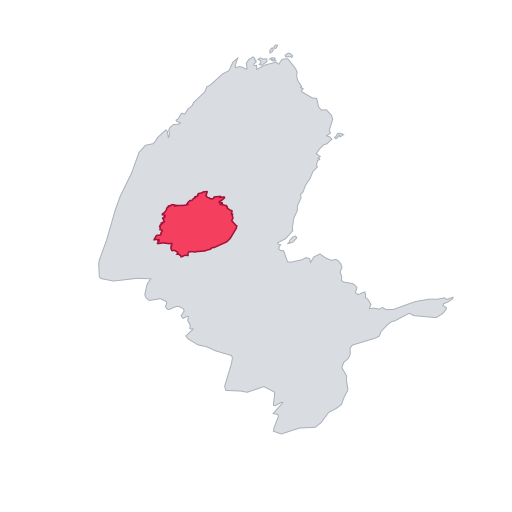 Finland, with Northern Savonia highlighted, rotated 147°
{"feature_id": "FIN-3178", "entity_name": "Northern Savonia", "entity_type": "Province", "adm_level": 1, "iso_a3": "FIN", "parent_name": "Finland", "parent_adm1": "", "projection": "natural_earth1", "projection_center": [27.676, 63.147], "detail": "fine", "context": "in_parent", "style": "filled", "palette": "rose", "viewbox_px": 512, "rotation_deg": 147, "n_neighbors": 0, "source": "natural_earth", "source_scale": "10m", "svg_char_len": 7418}
<svg xmlns="http://www.w3.org/2000/svg" viewBox="0 0 512 512"><g transform="rotate(147 256 256)"><path d="M201.3,222.9L198.7,216.6L195.1,211.2L191.0,209.7L189.7,207.6L189.1,203.3L189.9,199.9L194.3,196.6L195.2,192.2L197.8,188.7L196.6,186.4L189.8,180.0L189.0,177.9L188.6,174.4L192.6,171.2L191.6,168.0L184.4,166.7L184.7,164.8L186.8,161.6L185.8,158.8L186.0,152.8L189.6,150.1L185.4,148.0L181.5,144.2L178.0,144.0L175.9,140.0L169.8,136.3L147.8,131.2L134.3,125.5L127.3,120.9L120.6,118.3L120.1,115.9L113.2,114.0L114.6,112.9L120.1,112.9L124.6,113.8L126.2,112.5L124.5,109.0L124.9,108.1L130.1,106.1L138.5,106.2L156.1,120.0L158.7,124.5L175.7,126.1L177.5,127.1L182.2,126.9L192.1,124.7L196.0,121.7L199.7,121.9L223.8,128.8L227.6,127.2L229.9,123.0L231.9,121.2L234.7,119.8L240.3,119.0L244.8,115.6L245.4,105.9L247.6,103.1L251.8,93.6L259.5,89.3L265.0,85.0L270.5,84.4L280.4,85.2L292.2,80.8L299.8,80.1L313.1,88.0L331.8,93.0L336.8,99.5L334.4,102.2L324.4,109.4L324.0,111.3L327.5,114.5L313.3,118.4L314.4,119.5L321.9,120.0L322.7,121.4L315.1,130.6L314.9,132.3L320.5,142.2L337.6,146.5L342.3,151.0L354.5,159.7L353.3,163.8L335.3,179.0L331.3,183.3L330.8,185.9L341.3,198.1L346.9,206.8L353.1,213.1L358.1,223.5L358.4,227.1L348.4,229.0L351.1,231.0L348.7,234.2L348.5,238.9L345.7,241.9L346.3,242.8L351.1,243.4L351.5,245.5L351.1,246.8L346.1,249.1L345.7,251.5L348.3,255.8L350.5,257.2L358.3,258.5L359.3,259.7L359.6,262.7L356.0,265.7L356.1,266.8L359.4,272.3L369.7,276.8L370.8,280.1L370.8,282.3L370.2,284.3L362.5,291.8L356.6,294.2L368.2,302.2L389.0,312.5L398.1,321.3L398.8,323.8L392.3,334.9L389.7,337.9L373.1,350.3L349.5,370.8L337.6,379.9L314.5,393.8L297.7,406.6L288.5,409.1L281.4,406.3L277.8,407.0L274.4,408.9L262.9,410.9L262.5,408.9L264.9,403.3L263.9,403.4L261.8,406.0L260.7,409.0L258.5,410.6L253.7,411.2L249.1,408.7L246.9,408.8L249.2,412.4L249.1,413.5L246.6,413.3L241.4,416.1L240.2,416.1L238.6,413.8L233.0,416.3L227.8,416.8L224.7,418.7L209.3,421.6L204.9,424.9L202.1,424.2L184.8,426.9L177.7,426.2L169.7,431.2L163.7,431.9L170.1,426.7L170.4,424.9L167.1,424.0L164.8,422.1L162.6,418.2L161.4,418.0L159.2,422.9L155.1,424.7L150.0,424.6L149.4,422.4L150.4,420.4L149.6,420.1L150.4,418.5L153.0,418.3L153.8,417.5L153.7,416.5L151.7,415.6L153.8,412.1L144.8,411.4L133.8,407.7L132.5,404.5L127.1,406.7L122.3,404.4L121.7,403.0L120.8,391.3L121.3,388.0L124.3,384.1L125.4,380.1L125.5,373.0L127.0,373.0L125.3,370.6L127.9,370.0L128.3,369.2L122.7,357.8L119.3,355.2L122.3,346.9L122.1,345.0L121.6,342.8L117.4,340.3L116.0,332.9L117.3,328.8L126.1,321.5L126.6,318.6L131.4,318.4L129.3,315.8L128.8,312.6L135.7,311.5L138.3,312.4L144.4,311.2L149.8,308.9L147.9,304.5L150.7,304.3L149.8,303.3L150.0,302.2L152.2,302.6L155.7,299.5L156.0,297.2L162.0,296.0L169.1,291.1L175.5,288.6L182.2,283.8L185.0,283.6L186.5,280.3L193.9,275.5L196.6,271.6L203.6,267.2L210.5,259.5L211.3,257.3L221.5,254.4L230.8,255.3L230.6,253.3L229.2,252.1L233.1,250.1L232.3,247.1L230.0,245.5L232.7,234.0L229.9,231.7L219.3,227.8L215.0,227.5L212.5,224.5L213.8,221.0L207.9,223.7L201.3,222.9ZM141.1,413.0L147.4,413.0L149.0,414.8L146.1,416.0L145.9,417.5L147.3,419.8L144.5,419.8L142.7,417.2L139.6,415.5L141.1,413.0ZM219.1,250.8L215.1,251.9L211.9,251.2L211.9,249.0L217.5,247.5L223.1,249.1L220.3,249.6L219.1,250.8ZM120.6,310.1L120.3,312.0L124.0,310.6L125.5,311.2L125.3,312.9L124.0,312.5L120.8,314.4L118.1,312.8L116.4,310.1L120.6,310.1ZM122.7,406.8L122.2,408.5L118.4,408.6L117.0,406.9L116.2,404.2L117.8,402.9L118.6,404.5L122.7,406.8ZM137.4,413.7L135.4,413.8L132.6,412.1L132.3,411.4L133.4,411.0L133.0,408.9L135.1,410.0L136.3,411.3L135.1,411.7L137.4,413.7ZM132.7,420.7L129.9,421.9L128.9,421.6L129.2,419.5L130.9,418.6L133.7,418.5L132.7,420.7ZM127.0,421.8L124.6,422.2L123.1,421.1L125.4,419.5L127.3,419.6L127.6,420.6L127.0,421.8Z" fill="#d9dde1" stroke="#a8b0b8" stroke-width="1"/><path d="M272.8,283.8L286.6,285.9L287.2,286.2L287.9,286.8L288.2,286.9L288.6,286.9L289.4,286.8L289.6,286.6L290.2,286.5L291.0,286.6L293.5,287.6L296.2,288.1L303.3,292.0L304.3,292.3L305.3,292.7L307.2,294.6L309.2,295.4L309.6,295.8L310.1,296.1L310.8,295.9L311.3,295.5L311.8,294.9L312.3,294.2L312.7,293.5L313.5,294.0L315.1,295.2L315.7,295.5L317.9,295.6L318.7,295.8L319.1,296.0L319.4,296.3L318.9,296.9L319.4,298.1L319.6,299.0L320.2,299.8L320.8,300.2L321.3,300.6L321.0,300.7L320.4,300.7L319.8,300.9L319.6,301.2L319.7,301.8L320.0,302.2L320.3,303.0L320.6,303.8L320.9,304.5L321.5,305.1L322.2,305.6L323.4,306.1L323.6,306.6L323.5,306.9L323.5,307.2L323.4,308.1L323.3,308.5L323.0,308.9L322.1,309.6L322.0,309.9L322.2,310.0L322.3,310.1L322.1,310.3L320.7,311.0L320.9,311.3L320.9,311.5L319.8,312.5L320.5,312.9L321.3,313.2L322.6,314.0L326.8,317.6L331.6,319.8L331.7,320.4L331.4,320.6L329.9,321.1L329.5,321.3L329.4,321.6L329.5,321.7L329.9,322.0L330.0,322.1L329.9,322.3L329.7,322.3L329.2,322.3L328.8,322.1L328.6,322.0L328.4,322.3L328.6,322.6L329.0,323.0L329.9,323.3L330.5,324.1L331.3,324.6L332.6,325.0L332.4,325.4L329.1,327.1L328.2,327.4L327.0,326.9L325.9,326.2L324.7,325.7L324.0,325.8L323.3,327.0L322.8,327.4L321.4,327.9L320.7,328.7L322.2,330.5L321.8,330.7L321.6,330.9L321.3,331.3L321.0,331.9L320.8,332.4L320.4,332.9L320.0,333.3L319.8,333.4L319.7,333.5L320.3,333.5L319.9,333.9L319.3,334.1L316.6,334.2L316.2,334.4L317.7,334.7L317.7,335.2L317.3,335.3L317.0,335.1L314.9,334.8L314.4,334.5L314.2,334.7L314.3,334.8L314.1,336.2L313.8,336.7L313.5,336.9L313.3,337.3L313.7,337.7L313.9,338.2L313.7,338.6L313.1,338.7L311.1,338.3L310.9,338.5L311.0,338.7L311.4,338.9L311.5,339.0L311.4,339.2L311.2,339.3L310.6,339.3L310.3,339.5L310.1,339.7L310.2,339.9L310.4,340.0L310.7,340.2L310.9,340.6L311.0,340.8L311.2,341.1L312.0,341.4L312.1,341.5L312.0,341.9L311.6,342.2L310.7,342.4L309.7,342.3L308.9,342.4L305.6,343.7L305.2,344.3L305.0,344.7L304.2,344.9L302.5,344.9L302.1,345.0L302.7,345.1L302.6,345.4L302.3,345.7L301.7,345.5L301.1,345.1L300.5,344.7L300.0,344.9L299.0,344.9L298.8,345.0L296.8,343.6L296.2,342.9L296.8,342.0L296.0,341.8L294.7,341.6L294.8,341.3L294.8,341.2L294.2,340.9L290.7,338.9L289.8,338.2L289.3,338.0L288.5,337.6L288.0,337.5L287.9,337.4L287.4,337.0L286.5,336.7L286.3,336.6L285.4,336.5L285.5,336.6L285.7,337.0L285.5,337.3L285.3,337.3L284.3,337.9L283.6,338.1L282.9,338.1L281.5,338.5L281.0,338.5L280.9,338.3L280.3,337.9L279.9,337.7L279.3,337.6L277.9,338.1L276.9,338.2L275.6,337.9L275.2,337.9L274.9,338.0L274.9,338.5L275.1,338.8L274.7,338.9L272.8,338.1L272.2,338.2L271.7,338.4L271.4,338.7L271.2,339.0L271.5,339.1L271.1,339.4L270.6,339.6L269.8,339.6L268.2,338.9L267.5,338.6L265.6,338.5L264.8,338.3L262.1,336.8L261.9,336.4L264.7,334.3L265.0,333.9L264.9,333.7L264.7,333.7L264.9,333.4L265.1,332.8L264.7,331.7L264.1,330.6L263.5,330.1L263.2,329.5L263.0,329.0L262.7,328.5L261.7,327.9L260.9,327.5L260.2,327.4L259.6,327.9L259.1,328.3L258.7,328.2L253.7,325.6L253.3,325.2L253.9,324.7L254.1,324.6L253.5,324.2L251.7,323.5L250.8,323.0L250.4,322.5L250.7,321.9L254.0,321.4L255.5,321.5L256.6,321.7L256.9,321.7L257.4,321.3L257.8,320.8L257.6,320.4L257.2,320.4L256.4,320.0L255.7,319.5L255.4,319.2L255.4,318.6L255.6,318.4L256.3,318.3L257.5,318.4L257.2,318.0L256.4,317.5L255.4,316.5L254.5,315.4L253.4,314.5L253.3,313.4L253.3,312.7L253.5,312.4L254.1,312.2L254.1,311.8L253.6,310.8L252.8,308.7L252.1,307.8L251.7,307.5L251.5,306.9L251.8,306.5L253.6,304.8L253.8,304.3L253.2,304.0L252.9,303.8L253.7,303.0L253.9,302.6L254.1,302.2L254.4,301.0L254.6,300.5L255.2,299.9L255.8,299.6L256.9,299.2L257.0,298.1L256.1,292.5L255.7,291.7L257.4,290.0L268.0,284.8L272.8,283.8Z" fill="#f43f5e" stroke="#9f1239" stroke-width="1.5"/></g></svg>